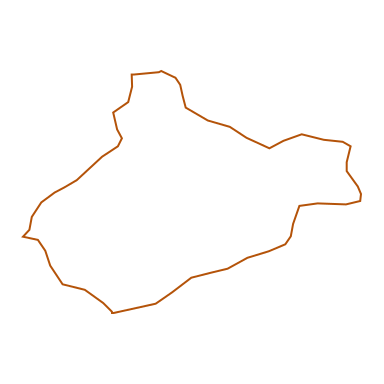 Borlänge, Dalarna, Sweden (Robinson projection)
{"feature_id": "70781695B12440080986596", "entity_name": "Borlänge", "entity_type": "district", "adm_level": 2, "iso_a3": "SWE", "parent_name": "Sweden", "parent_adm1": "Dalarna", "projection": "robinson", "projection_center": [15.395, 60.481], "detail": "fine", "context": "isolated", "style": "outline", "palette": "amber", "viewbox_px": 384, "rotation_deg": 0, "n_neighbors": 0, "source": "geoboundaries", "source_scale": "gbopen_adm2", "svg_char_len": 826}
<svg xmlns="http://www.w3.org/2000/svg" viewBox="0 0 384 384"><path d="M131.7,74.5L132.1,86.7L128.2,102.1L113.2,112.5L117.1,129.4L121.9,138.3L117.9,146.3L102.1,156.7L76.8,180.1L64.2,187.5L54.7,192.5L41.3,202.4L31.8,216.9L29.4,229.8L23.0,236.7L37.9,239.9L45.3,250.8L50.2,265.6L62.6,284.3L84.8,289.8L103.3,303.1L111.9,311.7L112.0,313.0L113.5,313.0L155.7,303.7L172.3,292.2L191.3,277.7L211.0,272.7L227.6,268.7L247.4,257.8L268.7,251.3L285.3,244.3L290.8,236.3L293.1,223.9L299.4,205.9L317.6,203.4L346.0,204.4L360.2,201.0L361.0,194.0L360.9,193.8L357.8,186.5L346.7,171.1L346.7,162.2L350.6,146.3L342.7,141.8L323.8,139.8L301.7,134.3L283.5,140.8L269.4,148.3L246.5,137.8L229.9,126.9L207.8,120.5L185.7,107.6L182.6,95.7L180.2,84.8L175.5,77.8L161.2,71.0L158.9,72.2L134.3,74.5L131.7,74.5Z" fill="none" stroke="#b45309" stroke-width="2"/></svg>